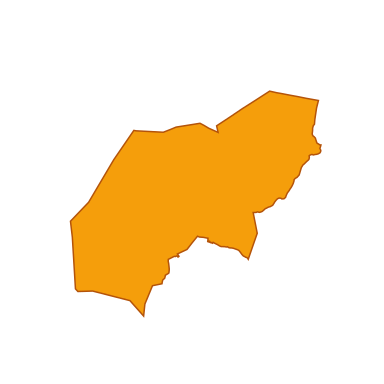 San Juan Teposcolula, Oaxaca, Mexico, rotated 33°
{"feature_id": "50627088B54973725346612", "entity_name": "San Juan Teposcolula", "entity_type": "district", "adm_level": 2, "iso_a3": "MEX", "parent_name": "Mexico", "parent_adm1": "Oaxaca", "projection": "robinson", "projection_center": [-97.39, 17.589], "detail": "fine", "context": "isolated", "style": "filled", "palette": "amber", "viewbox_px": 384, "rotation_deg": 33, "n_neighbors": 0, "source": "geoboundaries", "source_scale": "gbopen_adm2", "svg_char_len": 2514}
<svg xmlns="http://www.w3.org/2000/svg" viewBox="0 0 384 384"><g transform="rotate(33 192 192)"><path d="M248.2,46.4L236.8,51.2L228.0,54.7L221.8,57.3L212.7,61.0L209.0,62.6L202.2,65.1L195.3,80.5L188.9,94.5L182.9,108.7L176.6,123.1L181.4,127.8L171.3,129.4L165.8,129.6L161.3,130.0L150.8,139.5L143.8,145.8L143.2,146.4L140.0,151.1L135.4,157.5L111.7,171.2L109.7,172.0L108.8,207.5L110.9,256.9L106.0,282.7L116.2,295.0L129.5,313.0L147.0,336.7L150.5,337.6L154.7,334.7L162.6,329.2L183.4,322.2L199.1,316.9L219.0,322.4L213.5,311.6L209.9,292.1L216.8,285.3L216.3,284.2L215.9,283.2L215.4,281.8L215.7,280.4L216.1,279.5L215.6,277.7L215.0,276.4L215.7,274.8L216.3,273.7L216.7,272.5L215.8,270.6L214.8,268.9L213.2,266.9L211.3,264.6L209.8,263.1L208.8,261.4L212.2,255.6L213.2,255.2L213.8,254.1L214.9,253.9L215.4,254.2L216.0,253.8L216.1,253.0L213.5,251.9L219.1,242.9L219.8,234.5L220.7,226.1L222.8,225.7L226.3,223.8L230.6,222.1L230.8,222.7L231.0,222.9L231.3,223.1L231.4,223.3L232.1,224.9L232.6,224.9L232.8,225.0L233.2,224.4L233.2,223.9L233.8,223.8L233.8,224.2L234.1,224.5L235.4,224.3L236.2,223.5L236.5,223.9L237.1,224.0L237.1,224.4L237.3,223.1L237.5,222.6L238.2,222.7L241.0,222.4L241.4,222.3L244.7,222.2L246.2,221.9L247.3,221.2L248.9,220.2L250.8,219.4L251.6,218.6L252.8,218.7L254.3,218.2L255.4,217.5L257.2,216.7L260.1,216.0L261.7,215.6L263.2,215.5L265.3,216.2L266.9,216.8L267.9,217.2L269.9,217.7L271.3,217.5L272.5,217.5L273.7,217.1L274.8,217.3L275.8,217.8L271.7,201.3L269.2,191.1L256.3,177.8L254.5,175.9L256.9,174.2L257.6,173.1L259.7,172.3L260.7,171.2L261.5,170.0L261.8,168.9L262.1,167.9L262.6,165.9L263.3,165.0L264.0,163.6L264.6,162.7L265.6,161.7L266.3,160.3L266.9,159.3L266.9,156.6L266.8,155.6L267.0,153.1L267.4,151.1L268.3,149.7L269.9,148.8L271.1,148.9L272.0,148.2L272.8,147.6L273.4,145.6L273.0,144.0L272.7,142.4L272.5,140.9L272.6,139.3L272.7,138.0L272.6,136.0L272.7,134.4L272.6,132.4L272.4,130.8L272.2,129.5L271.5,127.1L270.9,126.0L271.2,124.3L272.1,122.6L272.6,119.4L272.2,118.0L271.3,115.0L270.4,111.9L270.4,110.5L270.3,109.1L270.9,107.1L271.3,105.1L271.7,103.4L272.1,102.1L272.3,100.9L271.7,99.3L270.5,97.8L271.0,96.5L272.2,95.1L273.5,94.9L274.8,93.5L275.8,92.7L277.0,91.4L278.0,89.5L277.9,88.1L277.3,86.9L275.5,85.8L275.0,83.7L274.5,82.3L273.5,82.9L272.1,82.8L271.0,82.9L269.9,82.8L269.0,82.0L267.6,80.9L266.1,79.6L264.2,79.1L263.2,79.1L261.9,78.5L261.1,77.7L260.2,75.8L259.5,74.5L258.3,72.6L258.0,71.5L257.6,70.3L257.8,68.5L255.5,64.2L250.8,53.9L250.7,53.7L248.2,46.4Z" fill="#f59e0b" stroke="#b45309" stroke-width="1.5"/></g></svg>